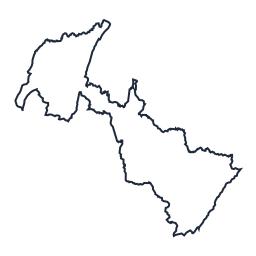 Neiva, Huila, Colombia (Natural Earth projection)
{"feature_id": "7082276B10918286355", "entity_name": "Neiva", "entity_type": "district", "adm_level": 2, "iso_a3": "COL", "parent_name": "Colombia", "parent_adm1": "Huila", "projection": "natural_earth1", "projection_center": [-75.303, 3.004], "detail": "fine", "context": "isolated", "style": "outline", "palette": "slate", "viewbox_px": 256, "rotation_deg": 0, "n_neighbors": 0, "source": "geoboundaries", "source_scale": "gbopen_adm2", "svg_char_len": 5754}
<svg xmlns="http://www.w3.org/2000/svg" viewBox="0 0 256 256"><path d="M136.5,80.6L133.1,79.5L133.3,83.4L132.7,85.9L133.4,88.2L131.9,87.3L131.1,87.8L131.1,88.8L129.6,89.3L128.1,101.3L125.1,104.0L125.1,105.4L124.2,107.0L123.5,107.2L122.6,105.7L120.8,106.2L120.0,105.2L119.8,106.4L118.3,105.7L117.8,103.2L117.3,102.6L114.7,101.9L112.8,102.6L109.5,101.8L109.7,101.1L108.7,99.8L108.9,94.5L108.4,94.4L107.6,95.5L107.1,95.1L107.7,91.7L105.7,92.3L105.0,91.3L103.9,91.9L104.0,92.7L103.5,92.5L103.5,93.1L102.1,93.8L100.7,92.3L101.1,89.0L99.1,85.9L97.5,87.0L96.0,86.4L95.4,85.5L93.1,85.6L92.5,84.1L90.2,83.3L90.0,84.7L87.6,85.0L87.2,86.5L86.3,85.9L86.1,84.9L87.9,80.8L88.1,78.8L87.3,77.7L84.9,76.7L86.2,74.2L86.0,72.0L87.0,70.2L87.4,67.6L89.7,61.8L92.5,51.3L93.7,49.5L94.6,46.4L95.9,44.9L96.2,43.5L98.7,39.0L99.4,39.6L100.0,39.5L102.0,35.2L104.6,31.7L108.3,28.1L110.0,24.8L110.1,24.0L108.7,22.2L104.0,20.1L102.9,21.2L102.9,22.2L101.5,24.2L101.5,25.9L100.8,27.1L99.4,26.5L98.6,23.3L96.2,23.7L95.3,25.3L93.5,26.3L93.6,28.2L91.8,29.0L92.3,30.0L89.7,30.5L89.4,32.1L88.0,32.0L87.3,33.2L85.5,33.7L83.8,32.5L82.9,32.7L81.1,34.4L79.0,33.9L78.8,34.8L77.7,35.2L77.7,35.7L76.8,35.6L76.1,36.2L75.7,35.4L74.3,35.0L74.2,34.0L72.6,33.2L71.4,33.7L70.9,34.8L70.2,34.7L68.6,36.7L67.8,36.4L66.2,33.5L64.9,33.3L63.2,34.4L62.1,36.4L62.4,37.0L62.0,38.4L61.3,38.4L61.4,39.7L60.5,41.0L57.6,41.2L57.3,40.7L56.5,40.6L56.3,41.2L54.9,41.6L54.1,41.1L53.8,41.5L53.3,41.3L53.0,40.4L53.0,41.2L52.4,41.3L52.1,40.6L50.1,40.4L49.7,41.4L48.2,40.0L47.5,40.3L47.2,39.5L45.9,40.0L44.6,41.9L44.6,42.8L43.1,43.5L42.0,45.3L39.9,46.6L39.5,47.5L38.9,47.6L38.1,49.2L37.1,49.7L36.9,50.7L35.9,50.8L35.0,51.8L35.2,52.7L34.0,55.0L32.5,60.1L32.4,63.4L31.7,65.9L29.6,69.6L27.8,71.6L28.3,72.9L30.6,73.7L28.6,76.6L28.2,80.6L28.5,81.8L26.5,84.1L23.7,84.6L22.2,85.6L20.7,90.6L19.2,93.5L18.1,94.7L15.4,100.6L16.8,105.4L18.0,106.5L21.1,107.4L22.0,108.6L22.7,110.8L22.7,108.6L24.3,103.1L24.5,100.4L27.4,95.6L30.7,92.3L32.9,90.8L36.7,89.3L36.6,89.9L38.8,92.2L39.5,93.8L38.7,94.6L41.4,97.4L42.9,98.3L42.7,100.4L43.3,101.7L45.5,102.6L48.1,103.0L48.2,105.4L46.3,108.1L47.2,110.0L45.5,114.9L47.9,115.2L49.0,114.5L51.6,114.6L55.0,116.2L56.2,115.4L58.4,115.5L59.4,116.0L59.7,117.1L58.9,119.2L59.7,119.5L63.8,118.6L65.7,120.4L67.1,120.4L68.2,121.3L69.9,118.4L71.4,117.9L71.2,117.1L71.7,116.8L71.6,115.4L72.4,114.2L73.8,113.7L76.2,110.8L76.8,109.4L76.5,108.1L77.4,104.3L77.1,102.4L77.6,101.4L79.3,92.8L79.8,92.1L80.9,92.2L81.5,95.4L84.6,96.4L86.1,98.0L86.0,98.4L88.3,99.6L89.8,101.4L89.8,103.4L89.3,105.0L89.8,105.1L88.9,106.0L89.8,107.2L88.1,109.4L91.6,109.1L93.2,109.9L93.7,109.7L94.2,110.7L97.0,112.9L98.2,112.1L99.0,112.3L99.4,113.2L100.1,112.7L102.4,113.3L102.5,114.0L103.2,113.7L103.7,112.5L103.6,111.2L104.1,111.2L104.5,112.1L105.2,112.1L105.3,112.8L106.8,113.1L107.4,113.7L109.5,113.4L110.6,116.8L111.6,117.6L110.6,123.0L111.1,124.7L112.8,126.7L117.1,141.0L118.0,141.8L118.1,141.4L120.3,142.0L120.4,141.3L121.2,140.4L122.3,140.5L122.3,144.0L120.2,147.3L119.5,152.8L121.1,154.6L120.6,155.9L121.1,156.8L121.0,158.4L123.5,159.6L123.5,163.5L123.9,164.5L124.6,164.3L125.0,164.9L125.0,165.9L124.1,166.5L123.6,167.5L124.8,168.5L124.6,171.4L125.8,173.3L125.7,180.1L126.8,181.3L128.7,181.4L129.2,182.2L130.4,181.8L132.3,182.2L133.3,183.3L134.3,183.1L135.1,184.0L137.5,183.9L138.7,184.7L140.4,183.9L141.2,184.5L142.8,184.3L144.1,183.0L148.6,183.1L149.0,182.4L149.6,183.1L150.3,182.9L153.0,187.1L152.9,189.1L155.2,192.8L155.3,194.1L157.7,195.7L158.1,196.8L158.9,196.5L160.0,197.5L161.9,197.9L162.2,200.3L163.9,201.2L167.0,201.7L168.5,202.8L169.2,204.3L168.8,206.2L167.5,207.3L165.7,207.9L165.3,211.4L167.5,212.7L167.4,214.2L169.1,215.3L169.6,217.3L166.7,219.7L168.5,222.0L170.6,223.1L171.1,222.9L171.0,222.0L171.9,221.7L172.9,222.4L175.6,223.0L177.3,225.8L176.4,228.0L176.1,230.9L174.0,233.1L173.6,234.6L173.9,235.9L175.6,234.9L181.7,233.5L184.2,235.4L186.4,232.6L190.2,230.4L191.7,231.6L192.4,233.2L193.0,233.2L194.3,232.1L197.4,227.4L198.2,227.2L198.8,228.7L199.0,227.5L203.0,222.4L203.9,220.1L206.3,217.9L206.9,216.2L208.1,215.3L208.6,212.9L210.3,210.9L213.4,209.0L213.7,206.5L215.2,205.0L214.8,202.7L215.5,200.6L217.5,197.1L218.3,197.0L219.1,195.9L220.4,193.1L222.0,191.9L223.4,188.6L225.0,186.8L225.9,184.1L227.3,182.9L230.4,182.2L231.8,179.4L234.2,178.3L234.7,176.4L236.9,175.7L237.3,173.4L240.6,169.2L238.7,169.6L235.4,168.1L233.8,169.1L231.9,168.5L230.3,164.6L231.5,163.3L232.4,161.2L232.0,159.8L231.4,159.6L232.2,156.3L232.0,154.8L230.7,154.9L230.0,156.1L229.1,155.7L228.5,156.6L224.8,154.7L223.1,155.5L221.5,154.1L219.0,154.9L217.9,153.9L216.7,154.3L214.7,153.6L213.8,152.3L213.2,152.4L212.5,151.7L210.7,152.4L210.4,151.7L209.7,151.7L209.3,150.2L207.5,148.2L206.5,149.1L205.7,149.1L205.6,150.7L205.1,150.9L202.2,150.0L201.7,148.4L200.4,147.6L197.8,149.3L197.5,149.0L194.9,151.8L194.1,151.7L193.4,152.2L193.0,151.7L191.7,152.3L190.5,151.7L190.1,152.2L189.4,152.0L188.8,151.6L188.8,150.3L188.2,150.0L187.3,146.4L185.1,144.2L186.0,143.4L185.9,142.0L185.2,140.3L185.2,137.8L184.2,135.1L185.0,133.0L184.1,132.4L183.8,130.2L182.8,130.4L182.2,129.4L181.0,129.8L179.7,128.7L179.2,129.1L178.5,128.6L177.8,129.4L177.6,128.6L176.5,129.4L175.7,128.4L175.4,129.4L172.1,128.8L170.6,129.6L170.1,128.8L168.3,129.7L167.6,131.3L165.5,130.7L163.3,132.1L161.7,131.3L159.9,128.8L158.1,128.4L157.3,126.3L154.1,124.8L153.4,123.4L153.0,120.4L152.4,120.5L150.4,118.4L149.4,118.1L149.0,117.2L148.2,117.7L147.5,116.0L146.7,116.0L146.3,115.0L142.4,114.9L141.8,115.2L141.4,116.2L139.7,113.7L138.9,114.0L138.9,113.4L143.1,109.4L143.5,106.3L145.0,104.1L144.1,103.9L143.7,101.2L142.4,100.3L139.3,100.0L137.9,97.6L135.5,94.9L134.9,91.1L134.9,90.4L135.8,89.7L136.0,85.4L135.2,83.7L137.0,81.3L136.5,80.6Z" fill="none" stroke="#1e293b" stroke-width="2"/></svg>